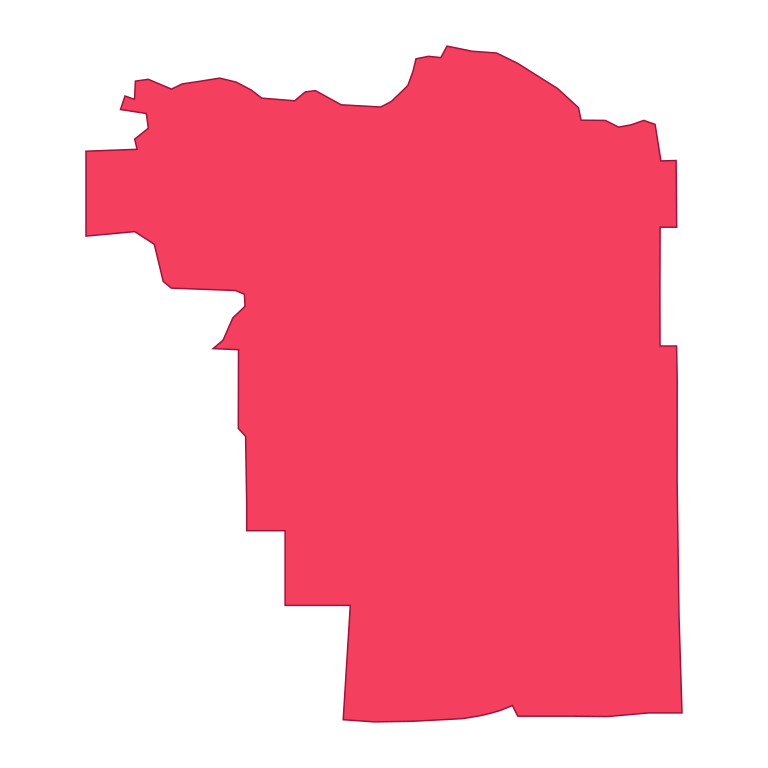 the district of Barão de Cotegipe, Rio Grande do Sul, Brazil
{"feature_id": "56859067B6517216195009", "entity_name": "Barão de Cotegipe", "entity_type": "district", "adm_level": 2, "iso_a3": "BRA", "parent_name": "Brazil", "parent_adm1": "Rio Grande do Sul", "projection": "albers", "projection_center": [-52.434, -27.571], "detail": "fine", "context": "isolated", "style": "filled", "palette": "rose", "viewbox_px": 768, "rotation_deg": 0, "n_neighbors": 0, "source": "geoboundaries", "source_scale": "gbopen_adm2", "svg_char_len": 1162}
<svg xmlns="http://www.w3.org/2000/svg" viewBox="0 0 768 768"><path d="M605.3,120.4L581.1,120.2L578.5,107.7L557.4,88.4L517.4,63.2L496.5,53.0L471.8,51.2L447.0,46.1L440.8,57.6L428.6,56.3L416.0,58.8L413.0,71.2L407.9,85.4L400.4,92.8L391.3,101.5L380.7,107.0L341.2,104.8L315.4,90.6L305.3,91.9L294.6,100.8L261.7,98.1L251.4,90.1L236.2,82.1L219.7,78.1L198.4,81.5L182.2,83.9L171.5,89.1L148.3,79.3L135.4,81.1L134.5,99.3L125.0,96.0L120.5,109.5L146.3,113.5L148.3,128.2L134.7,139.1L137.1,149.3L86.0,151.2L86.0,236.1L134.7,231.6L154.3,244.3L163.2,281.4L171.3,288.1L235.5,290.5L244.4,294.3L245.0,306.3L232.8,317.9L223.1,340.1L213.1,348.6L238.5,349.7L238.3,428.4L245.6,436.4L246.7,503.8L246.7,530.7L285.1,530.7L285.1,559.8L285.1,572.9L285.1,605.4L350.3,605.4L345.8,677.9L343.2,719.7L374.6,721.9L412.0,721.3L463.0,718.6L481.3,715.5L490.4,713.3L499.8,710.6L512.4,705.5L517.8,716.2L573.7,716.2L607.0,716.6L648.9,712.9L666.3,712.9L682.0,712.9L679.0,615.7L677.1,479.8L677.2,379.1L676.6,346.0L660.0,346.0L659.9,292.8L660.1,227.2L676.7,227.2L676.1,160.5L660.9,160.9L655.1,124.4L643.8,120.4L630.8,124.9L618.6,127.1L605.3,120.4Z" fill="#f43f5e" stroke="#9f1239" stroke-width="1.5"/></svg>